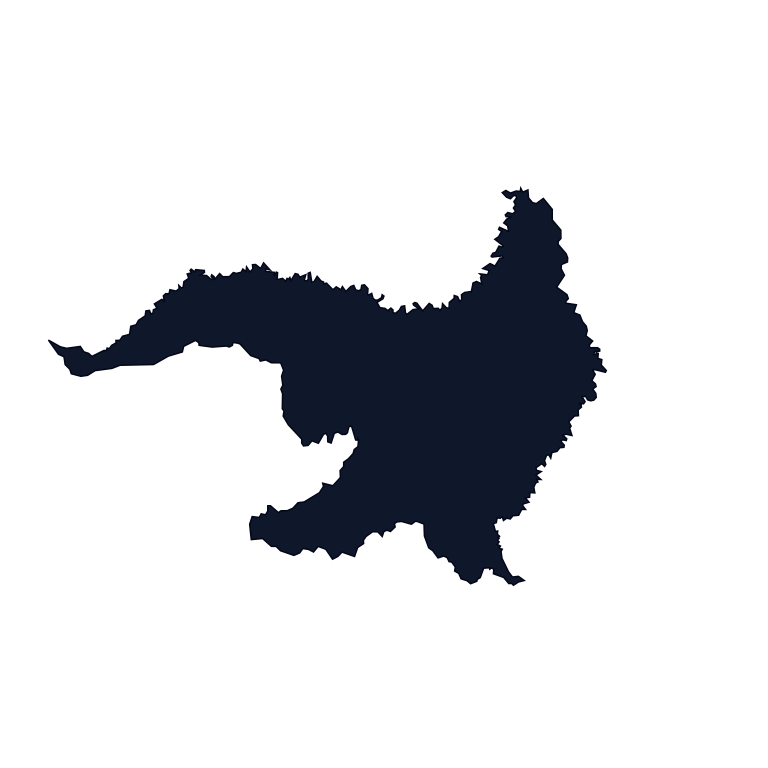 the district of Matsoku, Leribe, Lesotho, rotated 232°
{"feature_id": "5366337B96273842849421", "entity_name": "Matsoku", "entity_type": "district", "adm_level": 2, "iso_a3": "LSO", "parent_name": "Lesotho", "parent_adm1": "Leribe", "projection": "orthographic", "projection_center": [28.558, -29.136], "detail": "fine", "context": "isolated", "style": "filled", "palette": "ink", "viewbox_px": 768, "rotation_deg": 232, "n_neighbors": 0, "source": "geoboundaries", "source_scale": "gbopen_adm2", "svg_char_len": 6171}
<svg xmlns="http://www.w3.org/2000/svg" viewBox="0 0 768 768"><g transform="rotate(232 384 384)"><path d="M408.6,525.8L402.6,522.6L407.8,520.1L408.8,516.4L403.1,509.8L406.5,503.9L406.7,500.0L402.9,497.4L402.1,494.5L407.6,495.8L410.5,493.8L408.3,491.9L408.1,485.7L403.7,481.9L405.6,480.1L411.3,479.6L408.2,476.6L407.5,473.3L410.2,473.4L413.1,469.3L416.4,470.4L419.7,469.2L417.8,459.5L427.5,459.7L429.3,458.4L429.4,456.4L427.9,455.9L421.7,457.8L424.8,452.7L424.7,445.0L426.8,444.7L432.9,448.4L434.4,445.5L432.7,441.4L432.7,436.4L434.8,435.1L436.8,436.7L439.6,436.2L439.5,432.2L442.9,431.4L446.7,427.8L452.6,428.7L451.8,435.6L453.3,438.1L455.5,437.5L453.6,435.1L454.0,430.6L455.6,428.7L458.2,428.1L463.0,430.1L463.6,426.7L464.8,426.3L469.0,430.1L474.2,429.7L475.5,427.2L472.7,424.1L473.0,421.4L475.7,419.7L480.3,420.9L481.3,417.8L480.4,410.9L486.4,411.2L484.8,408.1L490.0,406.2L489.7,401.8L498.9,400.8L500.0,398.1L501.6,399.2L503.9,397.8L510.0,397.6L507.8,392.0L508.5,389.7L517.4,394.6L518.0,392.4L513.0,388.6L513.0,386.1L514.9,385.1L518.3,389.7L520.1,383.4L523.4,383.8L525.7,382.0L522.8,374.3L525.9,375.4L525.4,373.2L526.9,372.6L525.5,369.8L529.7,369.1L532.0,364.1L537.3,368.7L538.5,368.0L536.6,364.2L539.5,366.3L545.7,360.0L547.6,361.7L544.0,364.4L553.6,363.7L551.0,357.9L557.2,356.4L559.0,353.8L555.5,351.6L554.8,347.4L560.9,347.8L557.5,344.4L561.5,343.6L560.0,340.2L562.1,335.7L564.6,333.9L563.8,328.3L567.8,323.0L572.2,322.5L570.7,315.0L573.0,316.2L576.1,315.5L575.3,314.1L572.3,313.8L572.8,312.2L578.7,311.0L582.9,306.3L582.5,311.3L584.1,312.3L590.1,306.0L588.8,303.9L593.2,302.8L592.9,301.1L590.1,300.8L591.9,296.7L587.5,295.2L587.9,289.4L583.8,285.1L584.6,283.4L588.0,283.0L585.3,281.3L585.2,277.4L590.1,273.4L587.5,270.1L589.6,267.6L589.3,264.4L584.5,261.8L587.5,261.0L588.5,252.4L583.4,251.7L584.5,248.0L582.2,245.7L582.7,243.4L586.4,244.5L588.2,241.4L584.7,237.7L585.3,229.8L583.3,225.1L585.4,220.0L579.8,214.1L582.6,207.4L581.1,202.7L583.4,199.6L581.4,198.2L582.1,193.2L581.0,189.4L582.8,187.9L581.3,185.9L582.9,183.8L585.6,170.8L590.0,170.1L594.1,167.3L600.6,167.8L607.5,155.9L612.5,151.9L625.2,146.6L607.8,145.8L602.5,148.6L595.6,144.7L589.0,145.5L584.6,143.9L576.7,149.9L573.3,155.8L572.4,164.6L563.8,179.2L561.3,187.5L541.2,214.4L538.7,231.3L533.4,244.8L537.0,249.3L534.4,262.3L530.6,263.5L528.3,262.1L518.8,271.4L511.0,283.1L508.4,284.9L507.8,288.2L509.6,290.7L506.4,293.7L504.2,295.2L488.4,296.5L481.0,301.2L478.2,300.6L475.7,305.7L470.2,308.2L464.3,315.6L456.7,313.4L453.2,308.1L445.3,303.5L443.5,299.6L438.8,298.1L427.1,288.6L424.3,288.6L420.8,284.8L410.9,283.5L391.1,285.2L388.2,282.8L384.8,282.4L382.3,286.4L383.6,292.2L377.7,295.8L381.5,305.2L381.2,307.7L377.8,307.6L373.1,304.1L370.0,306.0L375.7,314.4L374.6,318.1L370.0,319.9L367.9,322.9L368.1,325.2L371.8,329.8L371.6,331.5L370.0,332.2L357.3,327.2L356.3,328.3L357.3,330.0L356.1,329.9L350.7,324.9L350.7,320.2L348.2,316.8L347.0,309.9L347.2,304.1L343.8,301.4L342.8,296.1L337.2,292.1L335.3,281.1L343.6,274.6L340.6,273.3L338.1,266.2L340.2,248.5L343.4,243.1L342.2,235.7L343.7,229.8L347.5,224.8L347.7,221.6L357.9,219.6L359.6,217.5L355.4,214.1L353.9,210.1L357.3,207.3L355.6,203.6L360.7,198.5L356.2,191.8L343.1,183.6L337.0,193.2L325.4,195.3L322.5,199.0L316.3,199.8L304.4,207.5L302.8,213.6L304.3,218.7L300.1,222.7L295.0,225.0L296.6,232.1L289.6,236.4L277.6,235.6L276.5,241.5L277.4,247.4L266.2,254.6L271.4,262.6L270.8,269.7L273.4,271.4L274.9,275.8L274.6,284.0L271.3,288.1L264.9,288.7L267.8,293.0L267.0,296.3L263.8,298.3L264.5,304.8L267.5,306.2L267.4,309.2L264.9,313.2L256.6,319.3L256.5,324.2L255.1,325.6L249.0,329.3L239.4,322.3L227.4,318.4L222.6,319.8L213.7,319.5L211.6,325.2L208.3,326.9L203.9,325.9L202.1,327.7L195.9,327.5L193.1,324.5L188.7,326.3L183.0,324.8L177.9,328.3L173.3,329.3L171.4,335.7L172.6,337.2L172.2,340.7L177.5,349.1L174.4,353.8L172.9,353.3L173.0,355.5L170.4,356.4L167.1,353.4L157.9,359.2L149.9,359.5L148.2,361.8L145.7,362.1L145.2,368.1L142.8,373.5L149.7,371.5L152.8,366.4L159.4,366.5L173.9,369.6L179.9,373.1L181.0,375.5L183.7,373.5L184.6,376.0L187.9,374.4L188.7,377.5L191.1,377.3L191.6,379.8L192.9,379.3L192.9,381.3L195.8,380.8L198.1,383.1L199.3,381.1L206.7,384.2L205.6,387.1L208.9,390.8L206.7,392.8L206.5,395.5L202.9,394.1L202.7,398.1L199.9,400.4L200.8,404.4L197.7,409.3L200.4,415.3L198.0,418.3L202.6,418.4L203.8,419.7L201.6,425.5L207.3,425.3L205.1,429.0L208.6,432.2L205.3,435.8L210.3,438.4L212.6,442.4L212.0,445.0L214.7,445.8L212.2,448.8L218.7,447.7L218.2,454.0L222.2,451.0L224.4,452.2L224.1,459.2L220.2,459.8L221.0,462.0L224.8,463.3L227.8,468.3L226.6,470.2L222.9,469.7L226.6,474.1L224.4,478.8L225.5,483.4L223.3,486.8L224.8,488.4L230.1,488.1L230.0,490.4L227.2,492.8L228.3,494.3L233.3,493.4L232.5,496.4L227.7,500.4L234.9,503.1L235.6,505.5L240.4,506.3L241.5,514.4L239.3,517.7L244.1,521.1L244.2,525.3L246.2,526.6L248.9,525.8L245.5,529.0L246.3,531.6L252.2,532.3L250.0,535.2L246.1,534.7L243.5,536.5L242.1,539.4L242.8,543.0L246.1,545.1L251.5,545.4L251.4,549.6L254.0,550.7L258.6,549.8L261.6,556.4L266.3,557.0L265.5,559.0L256.9,565.7L257.7,567.5L265.2,566.9L269.1,570.7L272.5,568.3L276.2,571.7L277.7,570.5L276.6,568.0L278.1,567.5L279.8,569.9L277.1,574.2L278.6,575.4L281.1,574.7L285.8,568.6L288.4,569.9L289.4,574.9L297.6,572.8L301.0,577.1L305.1,579.0L310.9,578.8L317.7,580.8L323.4,577.5L328.0,584.4L335.6,577.2L337.1,577.9L337.8,581.8L341.7,583.2L354.0,579.7L358.6,593.2L365.7,594.5L368.9,597.4L367.2,603.7L370.3,606.4L374.5,607.7L386.9,607.2L389.1,609.2L389.7,613.0L396.4,618.1L409.7,617.6L418.0,624.1L432.1,623.8L432.4,615.1L435.5,612.7L441.7,612.5L448.3,616.9L449.8,611.5L454.1,612.3L451.9,609.9L454.7,607.0L456.6,601.2L461.5,599.2L462.0,595.0L455.7,595.6L452.1,597.7L452.7,602.2L451.0,604.0L449.1,603.0L447.7,598.6L444.1,597.9L443.0,594.3L438.9,593.9L439.0,590.1L442.9,587.2L442.6,583.7L440.8,583.2L437.2,587.2L438.4,582.4L437.2,577.5L432.5,578.8L427.5,576.1L436.4,571.5L435.3,569.5L431.8,570.6L429.5,564.9L429.8,560.4L419.3,563.1L419.2,561.3L421.9,559.6L419.0,553.2L420.0,550.3L418.8,547.1L417.5,547.3L412.1,556.1L410.1,555.7L411.8,552.8L408.6,544.1L413.6,541.7L414.2,532.9L408.7,536.7L406.3,532.9L411.8,527.3L409.0,527.7L408.6,525.8Z" fill="#0f172a" stroke="#020617" stroke-width="1.5"/></g></svg>